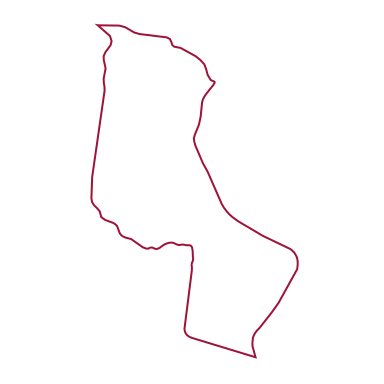 outline of Maryland, rotated 187°
{"feature_id": "LBR-781", "entity_name": "Maryland", "entity_type": "County", "adm_level": 1, "iso_a3": "LBR", "parent_name": "Liberia", "parent_adm1": "", "projection": "mercator", "projection_center": [-7.792, 4.73], "detail": "fine", "context": "isolated", "style": "outline", "palette": "rose", "viewbox_px": 384, "rotation_deg": 187, "n_neighbors": 0, "source": "natural_earth", "source_scale": "10m", "svg_char_len": 1721}
<svg xmlns="http://www.w3.org/2000/svg" viewBox="0 0 384 384"><g transform="rotate(187 192 192)"><path d="M279.3,156.4L279.3,156.9L281.3,161.6L284.4,164.5L287.6,166.9L290.0,169.9L291.1,173.6L292.9,194.8L291.1,282.1L291.7,285.8L292.8,289.5L293.5,293.8L292.8,304.1L295.7,312.4L296.2,316.2L295.0,320.2L290.7,327.8L290.2,332.0L292.4,336.8L305.8,346.0L305.7,346.0L284.5,348.3L278.4,347.4L268.8,343.3L263.6,342.4L235.9,342.4L232.5,341.1L230.7,338.2L229.4,335.4L227.5,334.1L220.9,333.6L204.9,327.2L199.9,324.1L195.3,320.2L192.9,315.6L190.7,310.1L187.0,305.4L182.4,304.0L182.5,304.0L183.9,300.8L189.8,291.2L191.3,288.3L192.4,285.3L192.9,282.4L192.6,267.6L193.3,259.8L196.2,249.0L196.7,245.5L195.9,242.4L194.2,238.3L184.6,221.8L178.8,213.8L161.0,183.7L158.3,180.2L155.3,177.1L151.9,174.2L148.8,172.0L142.9,168.7L116.6,157.2L87.5,147.4L85.9,146.5L82.9,144.1L80.8,141.3L79.9,139.9L79.2,137.9L78.6,135.6L78.2,132.1L78.2,128.2L92.5,92.7L98.4,81.8L98.5,81.7L108.2,65.6L110.9,62.0L112.2,59.7L113.1,57.3L113.8,54.6L113.6,49.3L113.2,46.5L108.8,35.7L174.9,47.3L177.9,48.4L179.5,49.4L181.2,51.2L182.2,53.1L182.8,55.2L182.6,114.0L182.9,117.2L183.4,118.9L183.5,120.5L183.4,121.8L182.8,123.4L182.7,124.9L182.8,126.4L183.2,127.7L184.2,133.8L185.3,137.2L186.6,138.5L188.0,138.9L189.7,138.6L191.5,138.5L194.3,138.7L195.5,138.6L198.1,137.8L199.7,137.8L204.2,139.2L206.4,139.3L208.4,138.8L209.9,138.3L213.2,136.4L217.6,132.4L218.9,131.6L220.4,131.1L221.8,131.1L223.5,131.7L224.8,132.0L226.3,131.8L227.5,131.2L228.6,130.4L230.9,130.3L234.2,131.2L246.7,137.9L252.2,138.6L255.5,139.6L257.5,141.0L258.7,142.3L262.1,148.9L264.1,150.6L266.4,151.7L274.8,153.7L277.8,155.3L279.1,156.3L279.3,156.4Z" fill="none" stroke="#9f1239" stroke-width="2"/></g></svg>